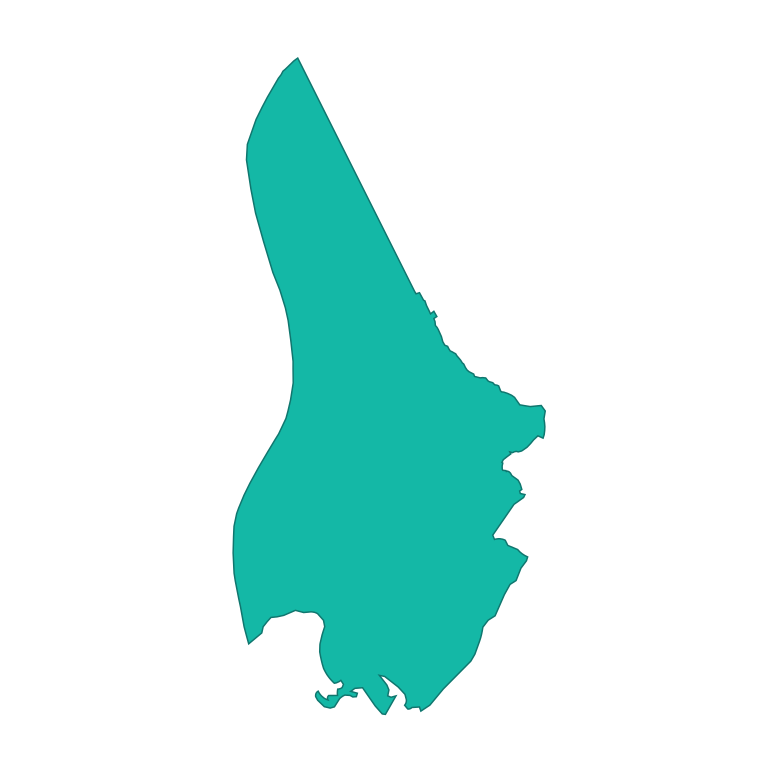 Coronini, Caras-Severin, Romania (Robinson projection), rotated 87°
{"feature_id": "2599482B76282201234198", "entity_name": "Coronini", "entity_type": "district", "adm_level": 2, "iso_a3": "ROU", "parent_name": "Romania", "parent_adm1": "Caras-Severin", "projection": "robinson", "projection_center": [21.719, 44.681], "detail": "fine", "context": "isolated", "style": "filled", "palette": "teal", "viewbox_px": 768, "rotation_deg": 87, "n_neighbors": 0, "source": "geoboundaries", "source_scale": "gbopen_adm2", "svg_char_len": 3667}
<svg xmlns="http://www.w3.org/2000/svg" viewBox="0 0 768 768"><g transform="rotate(87 384 384)"><path d="M564.2,249.6L562.7,252.3L560.9,254.8L558.8,257.1L556.3,259.2L551.7,268.8L546.4,271.1L545.7,272.4L545.2,273.7L544.9,275.0L544.6,276.4L544.5,277.7L544.6,279.1L544.7,280.4L545.0,281.8L540.6,283.3L511.0,260.5L504.6,250.5L501.8,249.0L500.5,253.6L498.0,254.2L496.5,251.9L491.1,253.2L487.1,255.1L482.2,261.1L479.6,262.4L478.3,263.6L477.5,265.1L477.8,266.4L476.9,266.7L476.4,269.9L475.2,270.4L472.0,270.3L469.2,269.5L468.5,270.4L465.8,268.8L463.5,265.6L460.4,261.0L458.4,261.9L459.3,259.3L458.5,257.4L458.2,255.4L458.8,253.5L458.2,250.5L457.8,249.5L454.6,244.4L451.0,240.6L447.7,237.6L443.8,233.0L444.7,231.3L446.4,228.0L443.0,226.7L439.1,226.0L435.1,225.6L431.1,225.7L427.2,226.1L419.4,224.4L413.7,228.1L414.2,239.1L413.1,244.3L411.9,249.5L406.2,253.1L404.2,254.3L401.9,257.2L399.9,261.0L398.4,264.8L398.0,267.0L397.1,267.9L391.9,269.6L391.1,271.2L390.6,273.5L388.4,275.3L387.2,278.7L386.2,280.1L383.3,282.1L382.8,285.2L382.9,287.7L381.7,291.5L381.2,293.2L378.8,293.9L376.2,298.4L374.4,300.3L371.7,301.9L369.2,302.9L368.0,303.5L367.2,304.6L364.3,306.2L362.0,307.9L359.7,309.7L357.5,310.9L357.1,311.7L355.4,314.3L354.4,316.2L352.1,317.5L349.7,318.5L348.5,321.2L347.0,322.0L344.8,323.1L339.6,324.2L336.0,325.6L332.4,327.0L330.2,328.1L328.3,329.6L326.4,329.7L324.3,329.8L321.3,330.8L321.1,330.6L319.4,327.7L314.0,330.4L316.4,333.9L313.1,335.2L308.0,337.4L303.1,338.8L302.4,340.1L301.6,340.5L294.7,343.8L295.6,347.3L292.9,348.7L54.0,453.1L56.7,457.2L64.6,466.2L66.3,468.5L69.8,470.6L73.2,473.5L91.6,485.5L101.0,491.1L113.1,497.9L137.5,507.9L153.0,509.6L182.3,506.7L206.6,503.3L235.9,496.7L266.9,489.1L284.9,483.0L302.8,478.5L315.5,476.4L335.4,474.8L356.6,473.6L363.7,474.0L378.2,474.6L395.3,478.2L406.3,481.4L413.3,483.7L428.3,491.8L433.6,495.5L445.6,503.6L460.9,513.7L476.1,523.1L487.7,529.6L500.2,535.6L505.7,537.9L518.2,541.2L528.4,542.2L544.8,543.5L565.1,543.6L572.9,542.8L590.7,540.3L598.8,539.0L603.5,538.4L619.1,536.4L629.1,534.3L636.4,532.7L632.8,527.9L626.2,519.1L620.1,517.4L615.2,513.1L611.2,509.1L610.9,503.0L609.8,496.2L605.4,484.3L607.5,477.7L608.0,476.2L607.8,471.3L607.7,468.7L608.0,466.9L608.4,465.2L609.2,463.4L609.9,462.3L616.8,456.8L623.2,455.9L627.1,457.4L631.2,458.9L635.3,460.1L639.5,461.3L640.9,461.6L648.1,462.2L652.3,461.7L656.6,461.0L660.8,460.2L664.9,459.2L667.0,458.3L669.1,457.3L671.2,456.2L673.1,455.0L675.0,453.7L676.8,452.3L678.6,450.8L680.2,449.3L680.0,447.5L679.4,445.8L678.7,444.1L677.7,442.6L681.8,440.2L685.0,441.7L685.6,442.8L686.0,443.9L686.2,445.0L686.3,446.2L687.9,446.5L689.4,446.7L691.0,446.8L692.6,446.7L692.2,455.6L692.8,456.1L693.5,456.6L694.3,456.8L695.1,456.9L695.9,456.8L696.5,456.5L696.0,457.8L695.4,459.0L694.6,460.2L693.7,461.2L692.4,462.6L690.8,463.9L689.2,464.9L687.3,465.8L687.8,466.7L688.5,467.4L689.3,468.0L690.3,468.4L691.4,468.6L692.6,468.6L696.3,466.8L703.1,460.5L704.8,454.7L703.8,450.4L695.9,444.8L694.9,443.6L694.1,442.4L693.3,441.0L692.7,439.6L692.6,439.4L693.2,434.2L694.9,431.5L694.8,428.0L691.4,426.8L689.2,433.3L686.4,429.0L686.2,421.3L705.1,409.6L713.4,403.0L714.0,399.9L696.1,388.4L697.2,393.4L695.6,396.6L689.8,395.1L684.7,396.9L674.7,403.9L676.1,398.6L687.3,385.7L695.0,379.3L700.3,378.2L701.3,378.2L702.6,378.4L703.8,378.8L705.0,379.5L705.9,380.2L709.8,377.3L709.9,376.2L709.7,375.1L709.3,374.1L708.5,373.1L708.4,365.5L712.6,364.3L707.1,355.0L691.6,340.7L665.3,311.8L658.6,307.4L646.0,302.1L642.6,300.8L639.1,299.7L635.6,298.8L632.0,298.0L625.3,292.3L621.3,285.2L600.6,274.8L590.7,268.6L587.2,262.4L575.1,256.9L568.0,251.0L564.2,249.6Z" fill="#14b8a6" stroke="#0f766e" stroke-width="1.5"/></g></svg>